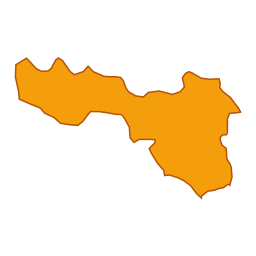 an SVG outline of Gostivar
{"feature_id": "MKD-2962", "entity_name": "Gostivar", "entity_type": "Statistical Region", "adm_level": 1, "iso_a3": "MKD", "parent_name": "North Macedonia", "parent_adm1": "", "projection": "albers", "projection_center": [20.862, 41.749], "detail": "fine", "context": "isolated", "style": "filled", "palette": "amber", "viewbox_px": 256, "rotation_deg": 0, "n_neighbors": 0, "source": "natural_earth", "source_scale": "10m", "svg_char_len": 1410}
<svg xmlns="http://www.w3.org/2000/svg" viewBox="0 0 256 256"><path d="M19.3,99.2L18.6,91.3L15.4,77.1L15.5,74.1L15.9,64.7L26.6,58.2L36.2,68.6L41.3,71.3L48.1,71.0L51.2,68.4L55.8,59.9L58.5,58.0L62.4,60.5L70.3,71.7L74.3,74.7L83.3,71.6L88.1,66.2L93.3,71.7L102.1,75.5L103.9,76.3L109.2,76.7L115.1,76.7L120.7,77.5L123.4,80.9L126.0,88.0L128.5,91.8L135.7,95.9L143.3,97.0L148.3,92.5L159.0,91.0L172.4,94.4L180.2,91.7L184.4,86.9L183.6,83.1L182.4,77.9L184.4,74.8L186.1,73.0L189.0,71.7L192.2,73.0L201.2,78.2L210.1,79.3L216.6,78.9L219.1,78.9L220.2,83.4L219.7,87.6L223.0,91.7L230.6,97.7L235.0,103.7L238.7,108.5L240.6,112.1L238.3,112.6L229.6,113.4L227.4,118.7L227.4,126.9L227.4,132.6L226.3,134.8L223.0,134.8L220.7,136.7L220.1,139.7L222.1,145.3L226.1,148.3L226.6,153.2L226.6,157.7L227.8,160.7L229.7,163.3L231.2,167.1L232.0,176.8L229.9,184.9L229.8,184.7L227.3,184.7L223.6,187.7L219.1,188.5L213.8,190.4L207.9,191.1L204.0,194.2L201.7,195.7L201.4,198.0L197.5,194.5L194.5,190.8L190.5,185.5L184.3,181.0L177.9,177.7L169.2,175.0L164.6,175.5L163.8,170.5L157.6,163.4L152.3,154.8L149.2,148.8L151.4,146.2L155.0,142.8L155.0,139.8L150.8,139.4L144.1,139.4L139.1,139.4L134.0,142.4L130.1,137.9L129.3,127.0L124.0,117.6L121.5,114.6L115.0,114.2L106.9,112.7L99.1,111.6L90.4,111.6L86.5,116.5L82.6,121.7L77.8,125.4L69.1,124.7L60.4,123.2L54.0,117.5L44.5,113.0L40.2,108.0L31.6,104.6L19.3,99.2Z" fill="#f59e0b" stroke="#b45309" stroke-width="1.5"/></svg>